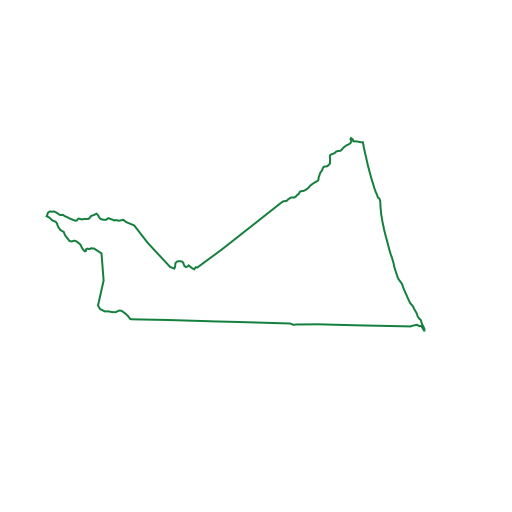 Mucuri, Bahia, Brazil (Equal Earth projection), rotated 321°
{"feature_id": "56859067B76032182131071", "entity_name": "Mucuri", "entity_type": "district", "adm_level": 2, "iso_a3": "BRA", "parent_name": "Brazil", "parent_adm1": "Bahia", "projection": "equal_earth", "projection_center": [-39.837, -18.037], "detail": "fine", "context": "isolated", "style": "outline", "palette": "green", "viewbox_px": 512, "rotation_deg": 321, "n_neighbors": 0, "source": "geoboundaries", "source_scale": "gbopen_adm2", "svg_char_len": 3897}
<svg xmlns="http://www.w3.org/2000/svg" viewBox="0 0 512 512"><g transform="rotate(321 256 256)"><path d="M118.3,93.4L119.4,95.6L119.9,98.0L120.0,100.0L121.2,102.0L121.9,103.5L121.8,105.5L121.0,107.4L120.5,109.5L120.3,112.7L121.7,116.3L120.6,120.0L120.6,124.1L120.5,126.9L121.8,128.6L124.7,129.9L125.6,131.6L126.5,135.0L126.7,136.9L126.0,139.6L125.7,141.3L125.8,144.4L126.9,145.0L128.0,143.9L129.4,144.0L131.2,146.1L132.9,146.2L133.6,147.4L134.8,148.1L136.6,153.8L137.6,156.7L122.1,179.2L102.1,195.0L101.4,199.0L103.6,203.9L106.3,206.0L108.9,209.0L110.7,210.7L111.8,211.4L115.2,212.2L116.8,213.7L117.4,215.2L118.3,219.0L118.7,221.9L118.6,225.6L119.5,226.9L148.0,250.9L149.2,252.0L150.3,252.9L179.8,278.3L182.9,281.0L199.4,295.0L228.7,320.2L238.6,328.7L240.0,329.9L241.8,333.1L244.1,334.5L261.7,348.5L276.4,361.1L296.5,378.2L331.9,408.1L333.1,408.4L337.8,410.7L338.8,413.3L340.6,414.4L340.0,417.3L339.6,420.6L340.9,418.6L341.6,416.6L341.9,414.4L342.9,411.5L343.8,409.4L343.4,407.3L343.6,404.9L344.2,403.2L344.8,401.6L345.1,399.9L345.3,398.4L345.6,396.7L346.1,395.0L346.3,393.3L346.3,391.7L346.1,390.1L346.5,388.1L347.0,386.1L347.6,383.8L348.1,382.0L348.6,380.2L349.2,377.9L349.9,375.5L350.3,373.8L351.1,371.7L351.9,369.7L352.0,367.7L352.1,365.3L352.3,363.0L353.2,360.3L354.1,358.1L354.6,356.6L355.2,355.1L356.0,352.9L357.0,350.7L358.1,348.7L358.8,347.2L359.6,345.2L360.5,343.2L361.1,341.4L361.7,339.5L362.8,337.0L363.7,334.7L364.4,333.2L365.1,331.7L365.7,330.2L366.4,328.8L367.2,327.1L367.8,325.6L368.7,323.7L369.4,321.9L370.2,320.4L371.0,318.6L371.9,316.6L372.9,314.6L373.7,313.2L374.6,311.4L375.4,309.8L376.3,308.1L377.6,305.9L378.6,304.1L379.4,302.6L381.7,299.1L383.1,297.0L384.4,295.1L385.5,293.8L386.3,292.6L387.2,291.2L388.0,289.0L387.6,287.2L388.2,285.6L388.8,283.7L389.3,281.7L390.1,279.4L390.7,277.7L391.3,276.3L392.0,274.5L392.9,272.3L393.7,270.3L394.3,268.8L395.3,266.5L396.1,264.7L396.7,263.3L397.3,261.8L398.2,260.1L399.0,258.1L400.1,255.7L401.1,253.7L401.9,252.1L402.6,250.6L403.6,248.8L404.4,247.0L405.3,245.1L406.2,243.4L407.0,241.7L407.8,240.0L408.8,238.3L409.8,236.5L410.6,234.8L409.2,233.7L407.9,232.2L406.5,230.4L405.2,229.4L404.0,228.3L404.5,226.3L404.1,224.2L402.9,224.7L402.6,226.7L400.6,227.7L398.2,227.6L396.9,227.2L395.8,226.9L394.1,226.9L391.9,226.8L389.9,227.3L387.9,227.4L386.5,226.5L385.3,225.7L383.8,225.3L382.1,225.5L380.3,225.1L378.7,224.4L376.8,224.4L375.6,225.7L374.5,227.5L373.0,229.0L371.8,230.7L369.7,231.0L367.9,231.1L366.7,230.4L364.9,229.3L363.3,229.7L362.0,230.7L360.4,231.2L358.4,231.8L357.3,232.4L356.0,233.3L353.9,234.5L352.6,236.0L351.3,236.4L349.8,236.2L348.5,235.9L346.1,235.6L343.9,235.5L342.1,235.5L339.8,236.0L338.1,236.0L336.7,235.9L335.5,235.7L333.7,235.2L332.0,234.1L330.5,233.7L328.2,234.7L326.2,234.5L324.3,234.9L322.7,234.7L321.0,233.3L319.9,232.6L318.0,232.3L316.3,232.2L315.0,232.5L313.4,231.8L311.4,230.6L307.4,230.4L273.7,230.0L266.6,229.9L263.3,229.8L261.5,229.8L258.6,229.8L232.8,229.4L203.0,228.0L202.1,226.8L199.6,227.4L198.6,225.1L198.1,222.6L197.8,221.0L196.4,221.1L194.5,220.5L194.1,218.4L195.0,216.0L195.2,214.0L193.9,212.5L192.8,211.5L191.1,210.6L189.1,210.8L188.1,211.6L187.1,212.7L186.0,213.7L184.5,214.3L183.3,212.0L182.4,210.7L180.1,177.7L180.6,155.6L179.2,153.1L178.2,151.2L177.0,149.0L176.2,147.0L175.7,144.4L174.0,143.5L172.3,142.7L170.7,141.3L169.8,139.9L168.3,139.3L167.4,137.5L166.0,135.4L165.2,133.8L163.9,133.5L162.4,133.6L160.7,132.2L159.5,130.9L158.5,129.4L158.4,127.4L158.9,124.7L158.6,122.7L156.4,122.3L154.4,121.6L152.9,121.1L151.5,121.6L149.2,121.8L148.0,120.9L146.9,120.0L145.7,118.9L144.6,118.6L143.4,117.7L141.9,115.4L140.6,115.2L139.4,115.7L138.0,115.1L136.7,113.0L135.4,110.7L134.4,108.7L133.7,106.9L132.6,105.0L131.8,102.5L129.8,101.2L129.1,99.8L128.7,98.2L128.0,96.0L126.8,94.0L125.4,93.3L123.9,91.7L122.3,91.4L121.0,91.7L119.7,92.7L118.3,93.4Z" fill="none" stroke="#15803d" stroke-width="2"/></g></svg>